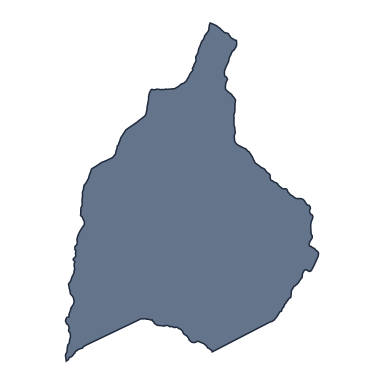 the district of Humahuaca, Jujuy, Argentina
{"feature_id": "61730980B42347447507011", "entity_name": "Humahuaca", "entity_type": "district", "adm_level": 2, "iso_a3": "ARG", "parent_name": "Argentina", "parent_adm1": "Jujuy", "projection": "robinson", "projection_center": [-65.497, -23.009], "detail": "fine", "context": "isolated", "style": "filled", "palette": "slate", "viewbox_px": 384, "rotation_deg": 0, "n_neighbors": 0, "source": "geoboundaries", "source_scale": "gbopen_adm2", "svg_char_len": 5864}
<svg xmlns="http://www.w3.org/2000/svg" viewBox="0 0 384 384"><path d="M85.3,345.5L141.5,318.6L142.6,319.0L144.5,318.7L145.3,318.8L146.1,319.2L147.5,319.2L149.6,319.5L150.7,320.0L151.4,320.0L151.9,319.9L152.2,319.9L152.4,320.9L152.7,321.1L153.1,321.2L153.4,321.6L153.7,321.7L154.1,322.7L154.1,323.1L154.4,323.5L155.7,324.2L156.8,325.1L157.5,325.3L158.9,325.5L160.7,325.6L164.0,326.1L164.4,326.1L164.7,325.9L165.9,325.4L166.7,325.5L167.5,325.5L168.1,325.6L169.7,326.7L170.6,326.7L171.2,326.5L171.8,326.5L172.5,326.9L173.2,327.0L174.4,327.6L176.2,327.2L177.0,327.2L177.9,327.9L178.3,328.1L178.7,328.6L178.9,328.7L180.1,328.9L180.5,329.1L182.0,330.6L182.7,331.4L182.7,331.9L183.0,332.3L183.1,332.9L183.5,333.5L184.4,334.4L186.7,335.8L188.1,337.5L188.5,338.1L189.1,339.7L189.3,340.1L189.9,340.7L191.6,342.1L193.4,342.6L194.9,342.5L196.1,342.1L197.2,341.3L198.0,341.3L198.5,341.4L204.1,343.8L206.8,346.2L207.5,347.8L208.5,348.1L211.7,350.5L212.2,351.9L270.2,321.9L271.9,321.5L274.1,320.1L276.8,316.9L279.8,311.9L280.3,311.6L281.2,311.4L281.8,310.6L281.8,309.4L283.0,307.6L283.7,307.2L283.8,306.3L284.4,305.3L284.6,304.5L285.9,303.1L286.6,301.5L287.3,301.1L288.0,300.1L288.0,299.6L289.9,297.8L290.6,297.7L290.9,297.0L291.5,290.4L292.9,288.4L293.5,287.1L294.0,286.4L294.7,286.0L295.3,285.7L296.4,284.6L297.2,284.0L298.1,283.1L300.7,279.1L302.1,277.6L302.5,273.7L304.1,270.6L305.0,270.0L305.9,269.6L309.3,271.5L310.8,271.0L311.3,270.6L314.3,264.9L317.7,257.3L318.2,256.2L318.6,253.4L318.1,252.0L317.1,251.0L315.7,250.1L314.5,248.5L312.9,247.8L311.0,246.4L309.5,246.0L309.0,244.2L310.1,241.3L310.8,240.1L312.1,238.1L312.4,236.9L312.1,235.6L311.1,233.7L310.7,225.4L311.1,222.3L312.7,218.1L312.9,216.4L312.2,214.9L311.2,214.5L310.3,213.4L309.6,212.1L309.6,210.6L310.4,208.4L310.2,206.9L309.2,205.4L307.9,205.2L306.5,204.2L305.6,202.6L304.5,200.9L303.4,199.7L302.3,199.0L300.7,198.6L299.5,198.5L298.0,198.6L296.3,198.5L294.4,197.5L292.2,195.7L290.4,194.8L289.1,193.2L288.0,192.1L287.1,189.7L286.0,188.7L283.0,188.9L281.6,188.0L279.1,185.9L278.1,184.8L277.6,183.8L276.4,182.9L275.5,182.5L274.3,182.2L273.3,181.5L272.6,180.8L271.7,180.6L270.9,180.1L270.3,178.7L270.1,175.2L269.7,174.3L269.0,173.7L267.3,172.6L265.7,170.8L264.9,169.4L264.3,168.9L262.1,167.8L261.2,167.6L259.6,166.1L255.3,163.0L254.7,162.1L252.2,156.6L251.2,155.1L250.7,154.2L250.1,153.4L249.1,151.8L247.8,151.1L246.0,149.0L245.2,148.5L244.3,148.4L243.4,147.8L240.9,146.6L240.0,146.0L238.5,145.4L237.5,144.7L236.6,144.0L235.4,142.6L234.7,141.2L234.3,137.7L234.3,136.7L234.3,135.6L235.2,132.9L235.2,132.0L234.7,127.2L234.3,126.1L234.0,125.1L233.9,123.8L234.0,122.1L233.9,119.4L234.1,118.6L234.0,117.0L233.8,115.7L233.9,114.8L234.7,112.5L234.8,111.6L235.0,107.8L234.8,106.7L235.1,104.9L235.0,103.5L235.6,100.0L233.8,97.3L232.1,95.4L231.7,94.4L230.7,93.7L229.1,92.7L228.5,92.0L227.3,91.1L225.6,89.4L225.4,87.5L225.4,86.3L225.7,83.6L226.2,82.4L226.8,80.7L227.5,79.4L227.1,78.2L226.4,77.0L224.9,76.3L224.5,74.8L224.4,73.0L224.5,71.3L224.8,70.2L225.8,67.4L228.7,61.2L229.0,58.7L229.5,57.3L231.4,53.5L232.0,51.8L233.9,50.2L234.7,49.2L235.1,48.2L235.7,47.5L236.0,46.5L236.7,45.0L236.5,40.6L236.2,40.2L235.2,40.3L234.4,39.8L233.5,39.1L232.8,38.8L231.0,37.8L229.8,35.8L229.1,35.1L228.7,34.1L228.0,33.5L227.1,33.1L224.5,32.6L222.7,30.9L221.9,30.3L221.1,29.5L220.3,28.8L219.6,28.0L218.6,27.4L216.7,25.8L212.7,23.9L211.9,23.7L210.1,23.0L209.4,24.8L208.7,29.8L208.1,31.5L206.9,32.8L205.8,34.4L204.6,35.9L204.2,37.7L203.0,40.0L201.7,41.4L199.7,46.8L198.8,48.4L197.9,53.0L195.7,56.8L196.0,60.2L195.9,61.1L195.0,63.0L194.3,64.0L194.0,64.9L193.7,65.6L193.7,66.5L192.7,67.5L192.4,68.6L192.7,70.2L192.3,71.1L190.9,72.5L189.6,74.7L188.6,77.0L187.7,78.3L186.3,81.0L184.4,82.7L183.5,83.3L182.1,83.7L181.2,84.1L178.4,86.5L174.5,88.7L167.4,89.3L165.7,89.1L164.5,89.5L160.0,89.6L159.0,89.3L156.9,89.1L154.3,89.9L152.0,89.3L151.1,89.7L149.4,92.9L148.6,96.5L148.5,99.8L147.1,106.9L146.9,109.7L145.8,114.7L144.0,116.7L139.4,120.2L137.1,122.1L125.9,129.8L124.0,132.9L120.7,137.9L119.5,141.8L118.8,143.0L118.7,143.9L118.2,145.1L117.2,146.0L117.2,147.5L116.1,150.9L115.5,154.0L112.5,157.6L105.8,160.8L101.5,162.5L95.6,166.5L92.8,168.1L91.4,169.2L90.4,172.5L89.5,174.6L88.4,178.6L85.9,183.1L84.0,185.3L83.9,186.5L83.7,187.2L83.4,189.7L83.0,190.5L82.4,193.1L82.4,194.0L82.6,195.1L82.0,200.0L82.2,205.3L81.0,207.7L80.7,211.0L80.8,211.7L80.7,214.0L80.5,215.3L81.0,216.0L81.9,216.7L82.4,217.5L82.9,218.4L83.1,219.3L83.9,220.7L84.4,222.0L84.3,224.4L83.8,225.4L82.2,227.5L79.9,231.3L78.8,233.6L77.8,235.9L76.9,239.4L77.3,243.3L76.4,245.3L75.8,245.6L75.6,245.9L75.3,246.2L74.8,247.0L74.9,248.1L74.9,249.3L75.1,250.2L75.9,250.8L75.9,251.6L75.4,253.5L75.8,255.1L75.7,256.1L75.3,256.9L74.2,257.9L73.2,259.0L73.2,259.6L73.5,260.4L74.3,260.9L74.8,261.4L74.9,262.1L74.3,263.2L74.2,264.3L74.0,265.3L74.7,268.7L74.6,269.6L74.1,270.5L74.0,271.2L74.3,272.2L71.8,277.5L71.2,279.2L70.7,280.9L68.5,284.0L69.4,288.9L70.1,291.4L70.1,292.9L70.6,294.0L71.2,294.9L72.1,295.7L73.0,296.9L73.9,299.8L74.0,302.7L73.1,304.9L70.8,308.2L70.8,309.0L70.5,309.9L70.4,310.6L69.0,314.2L68.9,315.5L69.1,316.5L68.7,317.0L67.0,317.3L66.3,318.2L65.7,319.8L65.5,321.4L66.2,322.5L66.4,323.7L68.1,324.8L69.0,327.0L69.0,328.2L68.5,330.8L68.6,331.2L69.0,331.8L69.6,332.3L70.2,333.3L70.5,336.6L70.3,337.8L69.9,338.7L69.4,341.1L69.3,342.8L69.1,343.4L67.8,344.9L67.2,348.1L67.0,351.7L66.4,353.0L66.0,353.5L65.7,354.3L65.4,355.7L65.5,355.9L66.2,361.0L66.4,360.8L66.9,360.7L67.9,360.1L68.4,359.6L68.6,359.1L68.8,358.3L69.2,357.8L70.2,357.1L71.4,356.7L71.9,356.3L72.4,355.7L72.9,355.4L73.0,355.0L73.6,354.2L74.0,353.8L74.7,353.3L74.9,353.0L74.9,352.7L75.3,351.8L76.0,351.0L76.8,350.7L77.2,350.5L77.4,350.2L77.7,349.7L78.2,349.4L78.8,349.2L79.9,349.0L81.0,348.4L81.4,348.4L82.5,348.2L83.0,347.3L83.2,347.1L83.6,346.4L84.9,345.9L85.3,345.5Z" fill="#64748b" stroke="#1e293b" stroke-width="1.5"/></svg>